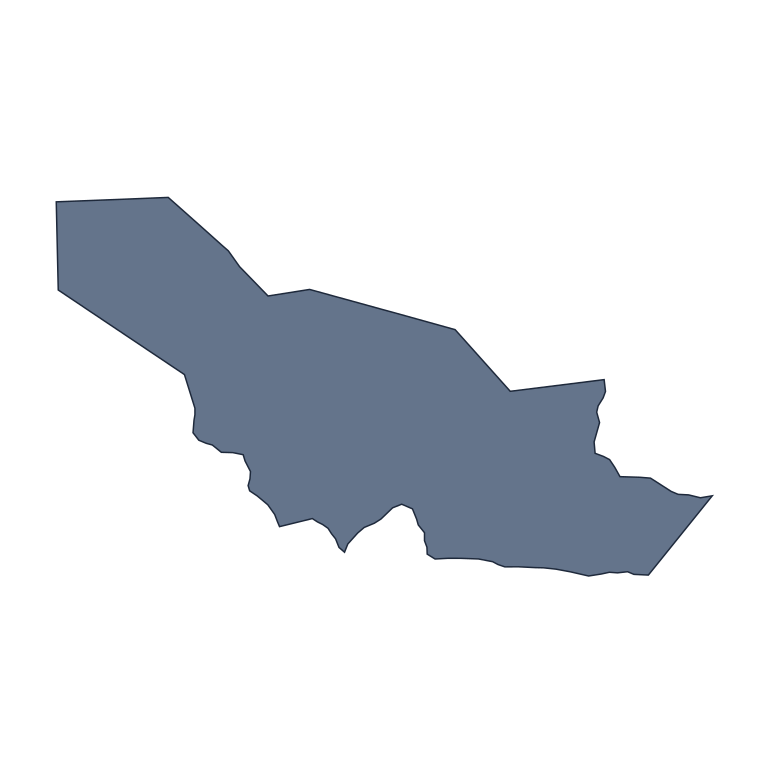 outline of Morro do Chapéu do Piauí, Piauí, Brazil, rotated 82°
{"feature_id": "56859067B47248632065637", "entity_name": "Morro do Chapéu do Piauí", "entity_type": "district", "adm_level": 2, "iso_a3": "BRA", "parent_name": "Brazil", "parent_adm1": "Piauí", "projection": "natural_earth1", "projection_center": [-42.228, -3.696], "detail": "fine", "context": "isolated", "style": "filled", "palette": "slate", "viewbox_px": 768, "rotation_deg": 82, "n_neighbors": 0, "source": "geoboundaries", "source_scale": "gbopen_adm2", "svg_char_len": 1331}
<svg xmlns="http://www.w3.org/2000/svg" viewBox="0 0 768 768"><g transform="rotate(82 384 384)"><path d="M601.8,187.0L603.5,179.1L603.8,168.9L607.3,163.0L610.0,148.8L540.4,74.5L540.7,86.5L536.2,97.8L534.2,108.1L530.3,114.6L514.3,133.2L512.0,143.5L508.6,163.2L498.6,167.1L490.3,171.1L486.3,176.7L482.0,184.6L470.6,184.0L452.2,175.9L441.5,177.3L435.5,175.0L428.2,168.9L422.2,165.7L410.3,165.4L408.8,260.0L340.1,306.0L313.5,367.0L310.0,375.2L280.0,444.5L280.7,486.6L247.7,510.7L230.5,519.6L223.8,525.4L204.7,541.5L169.2,571.7L164.6,618.1L158.0,683.2L245.6,693.5L271.5,664.6L346.9,580.3L381.7,574.6L388.1,575.5L393.5,577.2L405.7,579.9L413.9,575.2L418.0,568.3L420.5,562.5L429.0,554.6L430.9,543.3L434.4,533.3L440.9,532.3L452.1,528.4L459.2,529.9L465.7,532.7L471.1,531.9L477.2,525.1L487.4,515.9L498.0,510.4L505.4,508.7L510.7,507.3L507.3,473.7L511.3,469.1L514.6,464.3L519.1,459.5L525.0,456.8L530.6,453.5L539.6,451.3L545.1,446.5L537.4,442.1L527.9,430.8L523.3,423.6L520.5,412.9L517.3,405.8L507.8,392.7L505.5,383.2L511.6,373.2L522.4,370.5L528.3,369.7L536.9,364.6L544.8,365.7L551.6,364.2L558.5,364.9L564.4,357.8L565.5,345.0L567.3,332.3L570.4,314.8L575.1,301.1L578.6,296.3L581.9,289.8L583.7,276.4L586.9,259.7L588.2,251.7L591.3,239.4L596.0,225.4L602.6,208.1L602.4,195.2L601.8,187.0Z" fill="#64748b" stroke="#1e293b" stroke-width="1.5"/></g></svg>